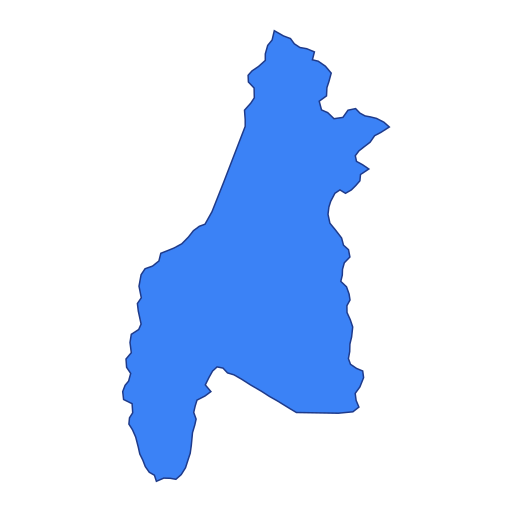 Jerônimo Monteiro, Espírito Santo, Brazil
{"feature_id": "56859067B21452622796609", "entity_name": "Jerônimo Monteiro", "entity_type": "district", "adm_level": 2, "iso_a3": "BRA", "parent_name": "Brazil", "parent_adm1": "Espírito Santo", "projection": "mercator", "projection_center": [-41.39, -20.797], "detail": "fine", "context": "isolated", "style": "filled", "palette": "blue", "viewbox_px": 512, "rotation_deg": 0, "n_neighbors": 0, "source": "geoboundaries", "source_scale": "gbopen_adm2", "svg_char_len": 2088}
<svg xmlns="http://www.w3.org/2000/svg" viewBox="0 0 512 512"><path d="M138.3,447.2L139.8,454.0L142.8,460.1L145.3,466.6L149.3,472.3L154.4,475.2L156.4,481.3L163.8,478.1L170.3,478.3L175.9,479.3L181.2,474.6L185.5,467.8L188.1,459.7L190.2,453.3L191.3,445.4L192.5,432.7L194.8,424.9L196.1,419.1L193.7,412.4L195.2,405.9L197.0,400.1L205.0,396.0L210.9,391.6L205.3,384.9L209.0,377.4L212.6,371.0L217.1,366.9L223.0,368.1L227.5,372.9L233.9,374.8L241.6,379.2L250.5,384.9L261.5,391.3L269.4,396.4L277.2,400.8L291.0,409.3L296.4,412.5L338.4,413.2L352.9,411.8L358.9,407.1L356.1,400.4L355.2,393.4L359.9,386.9L363.6,377.6L362.7,371.0L356.5,368.4L350.5,364.3L348.4,358.6L349.7,351.6L349.9,344.1L351.6,337.0L352.7,327.0L350.3,319.8L347.0,312.5L346.9,305.7L350.0,300.0L349.1,294.1L346.5,286.8L340.8,281.4L342.3,275.1L342.5,269.3L344.3,262.8L349.9,257.0L348.5,249.7L343.5,245.2L341.6,238.0L335.7,230.3L329.9,223.2L328.0,214.3L328.9,207.0L330.7,201.3L334.9,193.3L339.9,189.9L345.5,193.3L351.4,189.9L355.9,185.4L359.9,180.8L360.5,174.5L368.8,169.0L362.7,164.8L356.5,161.4L355.3,155.7L358.9,150.9L364.1,146.8L370.1,142.2L374.6,135.7L380.7,132.5L389.3,127.0L383.9,122.2L376.5,118.4L370.4,116.9L365.0,115.9L359.9,113.1L355.6,108.6L348.0,110.2L342.9,117.4L334.0,118.7L327.8,112.7L321.5,109.9L319.2,101.2L326.5,95.9L326.9,87.7L328.9,81.6L331.2,73.1L325.4,66.2L318.2,61.2L312.4,59.8L314.4,51.9L306.7,48.7L299.9,47.5L294.3,43.8L290.5,38.6L283.4,35.9L274.3,30.7L272.1,40.0L267.7,45.4L265.3,53.9L265.3,60.4L258.5,66.5L252.0,70.9L248.1,75.3L248.4,82.0L254.1,88.0L254.3,97.8L250.9,103.0L244.5,110.2L245.2,119.6L245.2,126.4L223.9,181.7L212.0,211.7L205.0,224.2L199.3,226.3L193.4,230.7L188.4,237.1L181.8,243.8L173.8,248.1L167.4,250.7L160.8,253.3L158.9,261.0L152.5,266.1L145.1,268.7L141.1,274.7L139.0,286.2L141.3,297.8L137.4,303.5L138.3,311.1L141.1,324.1L138.7,329.5L131.3,334.3L130.0,342.5L131.3,352.7L126.0,359.0L126.6,367.3L130.7,373.4L128.6,381.1L125.1,385.3L122.7,391.6L123.6,399.5L132.1,403.7L132.7,412.8L129.5,417.8L128.9,424.1L132.5,429.8L135.7,437.1L138.3,447.2Z" fill="#3b82f6" stroke="#1e3a8a" stroke-width="1.5"/></svg>